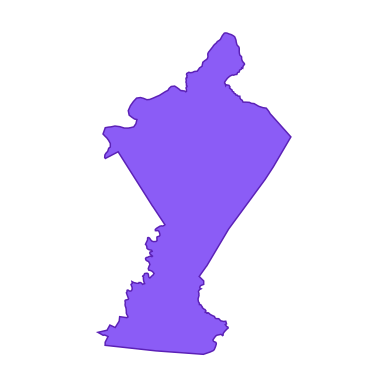 outline of San Bartolo Yautepec, Oaxaca, Mexico, rotated 95°
{"feature_id": "50627088B31711328181350", "entity_name": "San Bartolo Yautepec", "entity_type": "district", "adm_level": 2, "iso_a3": "MEX", "parent_name": "Mexico", "parent_adm1": "Oaxaca", "projection": "orthographic", "projection_center": [-95.928, 16.426], "detail": "fine", "context": "isolated", "style": "filled", "palette": "violet", "viewbox_px": 384, "rotation_deg": 95, "n_neighbors": 0, "source": "geoboundaries", "source_scale": "gbopen_adm2", "svg_char_len": 5088}
<svg xmlns="http://www.w3.org/2000/svg" viewBox="0 0 384 384"><g transform="rotate(95 192 192)"><path d="M352.7,166.5L349.9,160.1L348.2,157.1L347.1,156.1L345.3,155.5L344.0,155.1L341.7,154.6L340.6,154.6L339.7,155.2L339.0,157.3L338.3,158.0L337.5,158.2L335.4,157.1L333.4,155.8L332.5,154.7L331.3,150.8L331.6,150.0L332.4,149.1L332.1,148.6L330.2,148.6L328.3,147.5L325.9,145.6L324.3,144.1L323.5,144.4L323.3,144.7L323.1,145.6L321.3,147.3L320.4,146.1L317.8,147.1L318.2,149.3L317.8,152.1L315.9,154.3L316.0,157.1L315.1,158.4L314.1,158.7L313.4,160.6L313.1,161.5L312.3,163.3L311.0,165.0L310.9,165.8L311.4,165.9L311.4,167.0L310.4,167.6L310.6,168.3L309.8,168.2L308.9,167.9L307.9,168.9L307.6,169.9L306.2,171.7L305.7,171.7L303.5,173.5L303.5,174.8L302.1,175.0L300.8,176.0L298.5,176.6L297.5,176.6L295.6,176.2L294.1,176.0L293.5,176.3L292.7,176.2L291.7,176.5L290.8,176.9L290.0,176.8L289.6,176.5L288.6,176.0L288.2,175.5L287.6,174.5L287.1,175.7L286.4,176.0L285.5,175.8L284.9,175.5L284.5,175.2L283.6,173.5L283.0,172.3L279.6,172.6L275.5,177.5L264.6,171.1L264.4,170.9L225.6,152.2L173.0,120.2L161.6,114.1L159.9,113.2L128.5,98.3L109.2,118.8L107.3,120.9L104.9,122.6L102.0,125.3L101.8,128.7L100.8,133.0L98.5,137.9L98.5,140.6L97.7,142.6L97.8,146.1L98.0,148.2L98.0,149.0L96.2,150.0L95.6,151.3L94.4,152.3L92.4,152.7L92.5,154.4L91.5,155.5L91.7,156.5L90.4,157.3L90.3,158.1L89.9,158.7L88.7,159.2L88.3,160.5L86.8,161.1L86.3,162.0L85.1,163.7L84.0,163.3L82.5,164.5L82.2,167.3L83.1,167.7L80.8,168.6L80.7,169.0L79.7,169.1L77.5,167.8L76.6,167.2L75.9,166.9L74.5,165.6L73.4,164.5L72.5,163.1L71.9,161.9L72.0,160.7L71.2,159.0L71.0,157.6L69.0,157.0L68.3,155.4L66.4,155.2L65.4,153.6L64.0,153.4L64.4,152.3L62.3,152.1L60.1,150.8L59.2,151.2L58.6,152.1L57.9,152.6L57.1,153.3L55.6,154.0L54.8,154.2L53.7,154.3L53.0,154.4L52.4,155.0L51.6,156.1L50.8,156.5L50.0,156.8L47.9,157.2L46.2,157.3L44.6,157.5L43.5,157.9L42.8,158.7L41.4,160.1L38.4,161.1L37.3,161.3L36.0,161.8L33.7,163.0L32.9,164.2L32.2,165.6L31.7,166.9L31.4,168.5L31.1,169.5L30.7,170.8L30.6,171.5L30.7,173.0L31.1,173.8L32.0,174.3L33.4,175.3L36.7,176.7L37.5,177.0L38.6,178.1L39.2,178.9L39.9,179.9L40.5,180.2L41.5,180.8L42.5,181.8L43.2,182.5L44.6,183.5L45.3,183.8L48.2,185.7L50.4,187.1L51.2,187.7L52.0,188.0L53.0,188.3L54.0,188.2L55.8,187.9L57.0,188.1L57.9,188.4L58.7,189.1L60.1,190.8L61.8,192.5L65.9,193.0L67.7,195.3L71.2,197.3L71.7,200.1L72.9,202.1L73.3,204.1L73.0,205.6L74.4,207.6L75.7,207.7L76.4,207.0L77.2,207.2L78.5,207.0L78.6,207.6L79.5,207.9L80.9,207.6L81.7,207.4L82.6,207.6L83.5,207.5L84.3,207.0L86.2,206.9L86.7,206.3L87.6,206.2L88.1,206.9L89.1,207.0L90.1,206.5L90.9,206.4L92.3,206.3L92.7,207.1L92.1,208.1L92.0,208.9L92.0,209.9L92.0,210.7L91.8,210.9L92.0,211.4L91.9,212.2L90.6,213.9L89.2,216.2L88.0,218.5L88.7,221.9L90.6,223.7L92.9,224.9L94.2,227.1L98.6,232.9L100.0,235.6L101.8,238.8L103.5,242.2L104.0,245.0L102.9,248.6L102.4,251.6L103.3,255.4L106.9,258.2L111.3,260.8L116.5,262.6L120.9,261.3L122.7,258.5L124.3,255.7L124.6,253.2L128.8,253.8L132.2,255.7L133.3,259.0L133.9,261.1L134.2,265.0L133.2,269.7L133.0,274.5L134.2,278.5L134.7,281.1L135.5,284.0L142.0,285.7L143.9,283.6L145.6,281.5L147.8,279.6L150.8,277.6L154.3,277.3L155.7,278.8L158.8,279.5L161.0,281.2L162.7,282.0L165.3,282.0L166.1,281.2L158.4,269.1L209.5,230.1L209.9,229.7L227.0,216.1L227.8,216.9L228.5,218.3L228.4,219.4L228.9,221.0L231.1,224.0L232.5,225.3L233.7,225.1L233.7,224.1L233.4,222.8L233.8,221.8L234.6,221.2L236.8,220.3L238.0,220.2L238.8,220.7L239.5,222.4L239.9,223.0L240.5,223.0L243.5,222.6L244.4,223.5L244.8,226.2L244.3,227.9L243.1,229.1L241.7,230.2L241.2,231.1L241.2,231.8L241.5,232.2L242.4,232.2L243.6,232.1L248.2,233.8L249.0,232.9L250.0,232.4L252.1,231.9L253.1,230.4L253.4,228.7L253.6,227.1L254.6,226.5L255.0,227.3L255.4,228.5L256.4,228.8L257.5,228.3L258.5,226.8L259.3,225.8L259.9,226.3L259.6,227.8L259.9,228.9L260.7,230.1L261.1,231.0L261.2,231.7L261.7,232.2L262.5,232.5L263.6,232.1L264.4,231.1L265.1,229.2L266.4,228.3L268.0,227.6L269.1,228.1L270.8,228.6L272.2,228.9L273.6,228.3L273.9,226.3L274.3,225.1L275.0,224.1L276.4,222.7L277.9,223.4L278.9,224.4L279.9,225.3L280.8,226.0L281.3,226.5L281.0,227.2L280.1,227.8L279.1,228.0L277.5,228.4L276.9,229.2L276.9,230.4L277.4,232.1L279.2,232.7L279.8,233.6L280.3,233.8L281.1,232.9L282.6,232.9L284.9,232.4L287.4,231.2L287.7,232.0L287.9,232.6L288.3,233.1L287.8,233.7L287.1,234.5L286.7,235.4L286.8,236.9L287.6,237.1L287.8,239.1L287.5,240.5L287.5,241.1L287.2,242.3L286.5,244.0L288.1,243.5L288.8,244.1L289.4,244.7L290.6,244.2L291.8,243.5L293.9,243.1L294.9,243.4L295.8,244.0L296.2,245.1L295.9,246.2L295.4,246.8L295.3,247.6L295.6,248.1L296.9,248.0L298.1,248.6L302.2,246.7L303.8,245.9L304.5,246.2L304.8,246.9L305.1,247.7L305.3,248.3L305.5,248.9L305.9,249.2L306.6,249.2L308.2,248.8L309.7,248.9L310.3,248.8L311.3,248.6L313.2,247.7L314.9,247.3L315.8,247.2L316.8,247.0L318.3,246.9L319.7,246.3L320.8,245.4L322.1,244.9L322.7,245.9L322.9,245.3L322.5,253.2L327.0,253.3L333.7,256.7L331.7,262.2L337.1,264.6L340.0,273.5L342.5,268.0L342.1,266.9L342.5,265.1L343.0,263.9L343.3,263.0L349.2,265.4L352.3,265.2L353.4,214.0L352.7,166.5Z" fill="#8b5cf6" stroke="#5b21b6" stroke-width="1.5"/></g></svg>